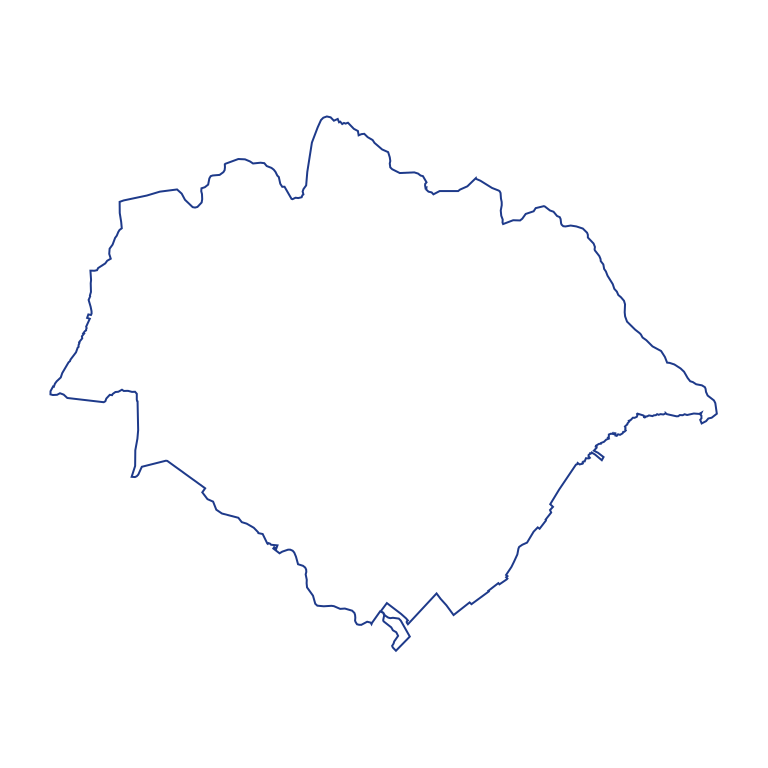 the district of Blagesti, Bacau, Romania, rotated 181°
{"feature_id": "2599482B12123686105802", "entity_name": "Blagesti", "entity_type": "district", "adm_level": 2, "iso_a3": "ROU", "parent_name": "Romania", "parent_adm1": "Bacau", "projection": "albers", "projection_center": [26.623, 46.673], "detail": "fine", "context": "isolated", "style": "outline", "palette": "blue", "viewbox_px": 768, "rotation_deg": 181, "n_neighbors": 0, "source": "geoboundaries", "source_scale": "gbopen_adm2", "svg_char_len": 6132}
<svg xmlns="http://www.w3.org/2000/svg" viewBox="0 0 768 768"><g transform="rotate(181 384 384)"><path d="M552.0,590.2L558.9,589.5L560.9,588.8L562.2,586.5L563.3,580.3L566.6,577.6L569.9,576.5L570.1,573.6L569.3,570.7L569.0,565.6L569.5,562.3L573.6,557.8L576.0,557.1L578.4,557.5L586.2,564.7L589.6,570.8L594.3,574.9L611.5,572.4L624.4,568.3L647.5,563.0L651.5,561.5L651.2,550.3L649.6,541.4L648.9,535.1L651.1,533.4L652.3,531.4L653.8,527.6L655.4,525.4L657.8,518.6L660.7,514.5L661.0,509.3L659.4,504.5L662.9,502.4L664.8,499.7L671.8,495.0L672.9,492.8L675.4,492.2L679.5,492.2L678.7,482.8L679.0,479.6L678.6,470.9L679.6,467.3L679.3,466.6L680.8,462.9L678.7,456.2L677.7,451.7L677.6,449.3L678.2,447.9L680.8,448.4L682.0,444.9L679.3,444.1L682.8,436.1L682.3,434.7L682.8,433.5L682.8,432.4L684.1,431.5L685.6,429.4L684.8,429.1L686.9,426.4L686.5,424.4L689.4,420.7L689.6,420.1L689.2,419.8L690.1,417.5L690.0,415.8L690.9,415.0L692.5,410.3L697.9,402.9L698.3,401.5L699.8,400.1L705.9,389.3L707.3,384.9L711.3,381.0L713.0,378.6L714.1,375.5L714.8,375.8L717.3,371.0L717.3,367.8L714.9,367.2L710.7,367.5L707.8,369.1L704.1,367.8L700.4,364.5L663.9,360.9L662.3,361.9L661.4,364.6L658.0,368.4L655.7,368.1L655.1,369.3L652.4,371.3L649.5,371.6L645.9,373.7L644.1,372.5L639.9,372.7L635.8,371.7L632.8,371.9L631.0,369.9L630.9,364.1L630.6,362.7L630.1,362.4L629.0,333.6L629.6,325.0L631.5,313.4L631.4,297.7L634.7,286.8L631.4,286.6L629.7,287.4L628.1,289.1L624.7,297.0L600.7,303.5L599.3,303.3L561.0,276.6L563.8,272.5L558.5,265.8L552.8,263.4L549.5,255.4L543.8,251.7L527.3,247.7L523.8,243.4L518.9,242.0L511.7,238.0L507.4,233.7L507.0,232.7L502.7,231.9L497.9,222.5L497.4,222.1L496.8,222.9L495.2,222.4L494.1,221.3L487.7,220.8L488.8,217.6L491.0,218.9L491.8,217.6L485.5,212.9L482.8,214.6L477.0,216.7L474.8,216.7L472.4,215.7L470.8,213.9L469.0,209.8L466.8,202.3L461.8,200.8L459.6,199.1L458.6,197.1L458.4,194.7L459.0,192.3L457.8,186.9L457.9,183.5L457.4,179.3L451.3,171.1L448.9,163.1L446.8,161.2L440.4,160.7L432.7,161.3L430.2,161.0L423.9,158.4L419.2,158.8L411.9,156.8L409.6,154.6L408.9,152.6L408.6,149.8L408.8,146.9L408.3,145.6L406.8,143.3L404.7,142.8L402.5,142.8L396.7,146.0L393.2,145.2L392.3,143.7L391.8,145.0L383.9,156.6L380.7,155.1L379.8,152.6L380.7,147.9L380.3,146.7L372.5,140.8L370.8,137.9L367.4,136.0L365.5,132.4L369.3,126.8L369.9,124.6L371.3,122.3L370.6,120.7L367.4,117.5L353.8,131.9L363.1,147.7L365.1,149.7L371.0,150.4L373.6,150.0L375.7,150.5L379.0,152.6L380.7,155.3L383.2,156.8L377.3,165.0L362.9,154.4L357.9,150.1L356.0,148.0L357.1,147.0L357.1,145.9L355.9,144.2L327.8,175.5L323.6,170.1L317.8,163.9L310.4,154.2L294.6,167.1L292.7,165.4L275.6,178.4L276.1,179.0L266.2,186.9L265.1,185.7L257.9,190.8L257.2,191.6L258.5,192.9L257.2,194.1L258.6,195.2L253.4,203.3L250.9,208.6L247.7,215.9L246.7,221.8L246.0,223.5L242.9,225.7L238.2,227.9L231.8,239.0L227.8,243.3L225.9,242.0L219.8,250.2L219.6,250.9L220.0,251.3L214.6,258.4L215.8,260.9L212.9,264.1L215.7,266.7L207.0,281.6L190.7,306.7L189.4,307.2L189.0,308.4L187.0,307.0L184.0,307.8L183.7,308.3L184.1,309.2L183.3,310.0L182.0,310.1L180.8,313.3L177.8,313.2L176.9,313.8L178.3,315.5L178.1,316.8L176.9,317.5L176.7,318.4L175.4,318.3L175.1,319.1L171.7,317.1L164.9,311.6L163.2,314.8L168.9,319.0L173.0,321.0L170.3,324.0L170.3,325.2L171.2,325.3L171.0,326.0L168.0,327.9L166.1,328.1L166.0,328.8L163.1,330.0L160.8,332.3L158.3,333.3L159.0,334.3L158.3,334.5L158.3,337.4L156.2,338.3L154.9,338.1L154.2,338.9L153.5,337.9L152.6,337.7L152.9,338.5L152.3,338.9L151.8,338.7L152.1,338.1L151.3,336.9L151.5,336.5L150.4,336.2L149.1,337.8L147.1,337.3L144.5,338.9L144.0,340.3L142.9,340.4L141.4,341.8L142.1,343.1L141.7,344.2L142.4,345.7L140.0,347.9L139.9,348.8L138.1,350.9L138.5,351.5L136.7,352.3L134.6,354.6L132.8,354.6L130.7,355.6L130.0,357.4L130.5,358.4L130.1,358.8L124.5,357.2L123.8,356.9L123.5,355.4L122.7,355.1L122.1,355.4L122.1,356.1L120.4,356.2L118.5,357.2L114.9,356.6L113.9,357.3L111.6,357.6L110.4,358.6L108.8,358.0L107.0,358.7L104.2,358.4L101.9,359.4L101.9,359.8L100.7,358.8L91.0,356.8L89.3,356.9L87.7,358.1L84.8,358.0L82.9,359.0L80.4,358.3L73.7,359.9L68.3,359.6L66.1,360.9L67.0,358.8L66.1,357.9L66.0,355.2L67.2,353.7L65.7,350.1L61.3,352.5L59.1,355.2L55.8,356.0L50.7,360.1L52.4,370.6L53.2,372.2L53.9,373.4L60.2,378.1L61.9,381.7L62.4,384.8L63.1,386.4L66.1,388.2L71.9,389.2L75.2,391.3L77.9,392.1L80.5,395.3L84.2,401.5L87.7,404.7L94.0,408.6L98.8,410.1L101.3,410.3L103.6,415.9L107.5,421.8L116.2,426.3L122.5,432.4L126.3,435.0L128.0,438.0L129.3,439.3L133.8,442.7L142.1,450.6L144.1,455.8L144.6,459.9L144.4,467.9L145.5,471.4L148.6,474.9L151.3,477.1L152.8,480.4L155.4,483.2L157.0,487.8L162.4,496.2L164.1,500.4L165.9,502.9L166.8,507.4L169.4,510.6L169.7,512.8L170.9,515.6L175.5,521.3L175.8,522.4L175.5,524.7L176.9,528.1L182.7,534.0L182.8,536.8L183.6,538.8L187.9,542.9L194.4,544.9L200.1,545.7L205.3,544.7L207.5,544.9L209.2,546.4L209.7,547.6L210.3,552.0L211.2,553.9L213.9,555.0L217.5,559.2L221.1,560.4L226.3,564.3L227.3,564.6L235.4,562.5L237.4,559.3L245.3,556.5L248.6,551.7L250.8,549.9L257.7,550.0L267.7,546.0L268.3,547.4L268.2,550.5L269.7,554.3L270.3,559.5L269.4,564.8L269.5,568.0L270.3,571.5L270.8,577.0L271.7,578.7L272.7,579.4L279.4,581.9L291.1,588.9L295.5,590.7L295.7,591.5L304.1,583.1L311.4,579.7L313.2,578.2L331.7,577.9L337.9,574.5L339.7,576.4L342.9,577.1L345.1,579.1L345.0,581.1L345.9,580.6L346.4,583.4L346.3,584.8L345.0,586.4L348.7,592.5L351.1,593.1L353.6,595.0L357.4,596.1L371.9,595.2L379.6,598.9L381.5,600.7L382.1,604.6L381.6,607.1L382.2,610.8L383.9,615.9L390.0,618.5L397.7,624.9L399.6,627.7L404.6,630.5L408.1,633.8L411.0,633.4L413.7,632.2L414.5,636.5L418.6,638.6L424.6,644.6L426.9,643.7L428.6,644.3L430.3,643.2L432.3,645.5L433.5,644.9L434.9,648.2L438.7,646.4L442.0,649.7L445.8,650.5L449.3,649.2L451.6,646.8L454.8,639.4L460.3,624.1L464.4,594.7L465.3,581.2L467.9,577.5L468.7,575.1L467.9,572.1L468.9,571.3L469.6,569.3L473.0,568.4L475.7,568.7L478.7,567.2L479.7,567.5L486.9,579.5L489.2,579.4L491.2,582.4L492.8,589.1L494.3,590.5L496.2,594.2L498.0,596.4L500.3,598.1L505.1,599.9L507.5,602.7L511.3,603.1L518.8,602.2L521.9,604.2L526.9,606.2L533.6,606.4L546.5,601.4L547.0,600.9L546.8,597.9L547.1,595.0L548.3,593.0L552.0,590.2Z" fill="none" stroke="#1e3a8a" stroke-width="2"/></g></svg>